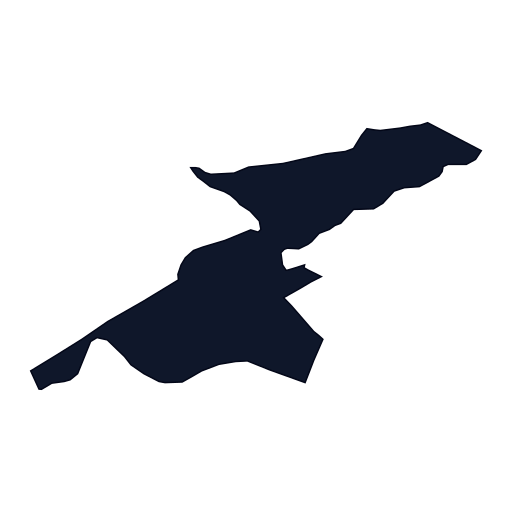 Palmiste, Soufrière, Saint Lucia
{"feature_id": "8701671B68903094038939", "entity_name": "Palmiste", "entity_type": "district", "adm_level": 2, "iso_a3": "LCA", "parent_name": "Saint Lucia", "parent_adm1": "Soufrière", "projection": "mercator", "projection_center": [-61.056, 13.859], "detail": "fine", "context": "isolated", "style": "filled", "palette": "ink", "viewbox_px": 512, "rotation_deg": 0, "n_neighbors": 0, "source": "geoboundaries", "source_scale": "gbopen_adm2", "svg_char_len": 1619}
<svg xmlns="http://www.w3.org/2000/svg" viewBox="0 0 512 512"><path d="M39.0,389.1L41.5,389.3L51.7,383.2L64.1,381.5L70.1,379.8L77.6,373.7L84.1,357.6L90.6,341.5L97.0,337.6L107.3,339.9L117.5,349.8L124.5,356.5L131.0,364.8L143.9,373.7L159.0,381.5L165.0,382.6L182.2,382.0L193.0,375.9L201.6,370.9L218.9,364.3L235.6,361.5L247.4,360.9L269.5,369.8L305.1,382.6L311.4,366.4L313.7,360.4L322.9,339.3L321.5,338.0L318.6,335.4L313.7,331.5L300.2,315.9L291.6,306.0L283.6,297.7L288.8,294.7L300.3,288.2L302.2,287.1L310.5,282.1L321.3,276.6L307.8,269.9L304.0,267.7L304.6,264.9L295.4,267.8L292.2,268.8L287.6,270.1L286.1,270.3L282.5,264.9L281.9,260.2L280.9,252.7L284.1,249.4L285.3,248.9L287.3,248.2L293.6,248.5L298.7,248.8L307.8,244.4L311.6,241.6L319.1,233.3L329.4,229.4L334.8,225.5L336.6,224.8L340.7,223.3L349.6,213.7L353.6,209.4L357.7,209.3L373.6,208.8L379.7,205.1L382.8,203.3L385.7,200.1L394.1,191.1L401.0,188.8L404.3,187.7L419.4,186.6L430.7,180.5L438.8,176.1L442.1,171.6L443.1,166.6L448.0,164.4L458.8,164.4L466.3,164.4L475.5,159.4L481.3,150.7L427.6,122.7L420.4,125.1L410.0,126.3L400.1,128.1L380.3,130.5L374.4,129.9L366.9,128.7L361.6,135.3L353.5,148.5L345.3,151.5L325.5,153.9L283.0,163.5L248.6,167.1L234.1,173.1L210.8,174.3L204.9,172.5L199.1,168.3L195.6,167.7L190.8,167.7L193.0,171.1L197.8,177.2L203.2,181.1L210.2,186.6L224.3,191.6L230.2,194.9L236.7,200.5L239.9,204.4L250.1,211.0L259.3,221.0L260.9,229.4L258.2,232.1L250.7,229.9L224.8,240.5L202.7,247.1L193.5,250.5L185.4,257.7L181.1,264.9L177.9,274.3L178.4,279.9L142.9,301.5L107.8,321.5L81.9,339.3L56.1,355.4L30.7,370.9L39.0,389.1Z" fill="#0f172a" stroke="#020617" stroke-width="1.5"/></svg>